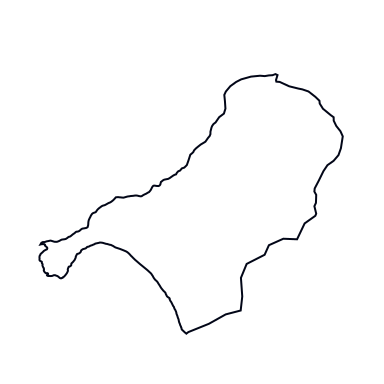 outline of Village, Soufrière, Saint Lucia, rotated 287°
{"feature_id": "8701671B40891625905372", "entity_name": "Village", "entity_type": "district", "adm_level": 2, "iso_a3": "LCA", "parent_name": "Saint Lucia", "parent_adm1": "Soufrière", "projection": "robinson", "projection_center": [-61.064, 13.907], "detail": "fine", "context": "isolated", "style": "outline", "palette": "ink", "viewbox_px": 384, "rotation_deg": 287, "n_neighbors": 0, "source": "geoboundaries", "source_scale": "gbopen_adm2", "svg_char_len": 5792}
<svg xmlns="http://www.w3.org/2000/svg" viewBox="0 0 384 384"><g transform="rotate(287 192 192)"><path d="M207.6,317.1L214.2,313.2L217.8,313.7L222.0,312.6L225.6,311.6L228.2,308.9L231.3,308.3L239.8,309.9L250.4,311.6L257.3,313.7L263.2,318.3L270.1,321.3L277.4,321.6L289.3,319.9L293.5,316.2L297.3,310.7L301.6,306.7L304.9,305.6L306.1,302.1L309.9,292.9L313.9,288.3L316.5,287.2L319.1,282.1L322.2,274.0L322.4,267.5L322.0,263.4L321.5,254.0L322.9,243.7L322.2,240.4L323.6,239.6L328.8,239.6L329.1,237.2L327.2,234.8L326.0,231.5L324.1,227.7L323.1,223.1L319.6,214.7L314.1,206.1L310.1,202.0L304.4,197.7L298.0,195.0L294.3,194.5L288.6,196.9L281.5,199.6L276.3,199.6L271.5,196.1L265.4,194.2L263.3,192.7L261.2,192.0L259.5,191.8L255.1,192.0L252.7,192.7L250.6,192.5L248.6,191.6L244.0,190.1L242.4,188.7L240.0,186.5L237.1,184.5L234.8,183.0L232.4,181.8L230.7,181.6L229.3,180.9L227.2,179.5L221.2,179.4L216.3,179.2L215.3,178.7L213.1,177.5L211.6,175.4L209.0,174.3L207.8,172.8L205.9,171.9L204.2,171.6L203.5,170.5L202.3,169.3L200.5,167.9L198.7,166.5L198.2,166.0L197.6,165.4L197.1,164.5L196.8,163.9L196.2,162.8L195.7,161.9L195.1,161.2L194.6,160.8L193.2,159.9L192.6,159.4L191.6,159.4L191.1,159.4L190.5,159.5L189.9,159.5L189.2,159.3L188.8,159.1L188.3,158.7L187.9,158.2L187.7,157.5L187.5,156.7L187.3,155.4L187.2,154.5L186.9,153.6L186.6,153.2L185.7,152.7L184.9,152.5L183.8,152.3L182.0,152.0L181.1,151.7L180.2,151.3L179.3,150.9L178.4,149.9L177.1,148.8L176.4,148.0L175.3,146.8L174.1,145.7L173.4,145.2L172.9,144.4L172.8,143.8L172.6,142.4L172.6,141.5L172.5,140.5L172.3,139.5L171.9,138.4L171.2,137.0L170.4,135.0L170.0,134.1L169.5,133.2L169.1,132.2L168.6,131.3L167.1,129.0L166.6,128.2L166.4,127.5L165.9,124.9L165.7,124.1L165.5,122.8L165.0,121.6L164.7,120.8L164.0,120.4L163.4,120.2L161.2,119.1L160.3,118.5L159.0,117.6L158.2,116.8L157.7,116.4L157.3,115.7L156.6,115.0L154.8,113.3L154.0,112.5L153.4,111.6L153.0,110.9L152.5,110.3L151.8,109.6L150.7,108.9L149.9,108.2L149.4,107.9L148.1,107.1L147.5,106.8L146.5,106.4L145.4,106.1L144.8,105.9L144.3,105.5L143.9,104.9L143.3,104.1L142.7,103.4L142.0,102.9L140.8,102.5L139.8,102.2L138.7,102.1L137.2,101.8L135.7,101.6L134.8,101.5L132.9,101.7L131.7,102.0L130.8,102.2L130.0,102.4L128.9,102.4L128.1,102.5L127.3,102.0L126.5,101.1L126.3,100.6L125.6,99.3L125.2,98.4L124.8,97.7L124.0,97.0L123.2,96.5L122.5,96.1L121.8,95.6L121.2,95.0L120.6,94.0L120.2,93.0L119.5,92.4L118.9,92.1L118.0,91.5L117.3,90.9L116.5,90.3L114.8,89.2L114.1,88.7L113.5,88.1L113.1,87.3L112.7,86.9L111.7,86.3L110.4,85.2L110.2,85.0L109.7,84.2L108.4,81.4L107.7,80.6L106.6,79.6L106.0,78.9L105.6,78.4L105.0,77.6L104.6,76.6L104.2,75.0L104.2,74.3L104.2,73.4L104.2,71.7L104.2,71.1L103.9,70.4L103.7,70.0L103.2,69.2L102.6,68.0L102.3,67.4L101.3,66.1L101.0,65.6L100.8,64.9L100.4,63.8L99.3,62.8L97.5,62.4L97.8,62.9L98.2,63.6L98.5,64.6L98.7,65.2L98.9,65.8L98.8,66.4L98.6,66.8L98.2,66.8L98.0,67.0L97.7,67.2L97.0,68.8L96.5,69.7L96.2,69.9L95.8,70.1L95.0,70.1L94.5,69.8L94.2,69.3L93.5,68.6L92.4,67.6L90.3,66.5L89.6,66.0L89.4,65.9L88.7,65.5L88.3,65.3L87.5,65.3L87.2,65.2L86.7,65.0L85.3,65.1L84.7,65.3L83.8,65.7L83.4,65.7L82.3,66.1L82.0,66.4L81.7,66.9L81.6,67.7L81.4,68.6L81.3,68.8L80.8,69.0L80.4,69.1L80.0,69.3L79.6,69.9L79.1,70.3L78.7,70.3L78.3,70.4L78.0,70.5L77.7,70.7L76.7,71.5L76.0,72.2L75.9,72.5L75.6,72.7L75.2,72.8L74.8,73.0L74.3,73.2L73.9,73.1L73.3,73.4L72.6,74.1L72.1,74.9L71.7,75.7L71.6,76.2L71.9,76.7L72.1,77.3L72.1,77.7L71.8,78.2L71.6,78.3L71.4,78.4L71.0,78.1L70.8,77.9L70.1,77.7L69.9,77.7L69.7,78.0L69.6,78.8L69.8,79.6L70.1,80.5L70.3,81.5L70.6,82.2L71.0,83.0L71.9,84.0L72.2,84.7L72.4,85.4L72.3,86.6L72.3,87.5L72.2,88.2L71.6,89.7L71.3,90.3L71.1,90.8L71.1,91.5L71.1,91.9L71.3,92.3L71.7,92.6L72.0,93.2L72.3,93.5L72.5,93.5L72.9,93.6L73.4,94.2L74.1,94.6L75.9,95.4L77.9,96.1L78.6,96.2L79.8,96.4L80.7,96.3L81.7,95.8L82.8,95.8L83.9,95.9L84.5,96.0L84.8,96.6L85.6,97.4L86.3,97.8L86.8,97.9L87.9,97.6L88.4,97.6L90.6,98.8L91.5,99.1L92.6,99.6L93.5,99.7L94.6,99.9L95.8,99.9L96.4,99.7L97.1,99.9L97.8,100.0L98.8,100.1L99.3,100.5L99.7,101.2L100.3,102.0L101.3,102.7L102.2,103.1L102.8,103.1L103.3,103.1L103.7,103.1L104.3,103.5L105.1,104.1L105.6,104.6L105.9,105.1L106.4,105.9L107.0,106.8L107.3,107.0L108.0,107.4L108.6,107.7L108.9,107.9L109.2,108.5L109.5,109.1L110.0,109.7L110.8,110.4L111.4,111.2L111.9,112.0L113.0,113.2L113.4,113.8L113.8,114.2L114.3,114.5L114.6,115.0L115.7,117.0L116.2,117.9L116.7,118.6L116.9,119.3L117.2,120.7L117.3,121.8L117.3,122.7L117.3,124.0L117.3,125.0L117.5,126.0L117.5,127.0L117.5,128.9L117.7,129.9L117.6,130.4L117.5,131.0L117.3,132.4L117.0,133.3L116.9,133.9L116.6,134.8L116.5,139.8L116.3,142.4L116.2,143.7L115.9,146.4L115.6,147.6L115.3,148.4L114.7,149.7L114.1,150.8L113.1,152.4L112.7,153.3L112.3,154.0L111.8,154.9L110.5,157.4L109.9,158.8L109.1,160.6L107.8,163.5L107.0,165.5L105.6,168.9L104.2,172.3L102.7,175.4L102.5,175.9L101.8,177.1L100.9,178.1L100.5,178.7L98.8,180.4L98.1,181.3L97.6,182.0L97.1,182.8L96.9,183.3L96.7,183.8L96.2,184.7L95.6,185.6L94.8,186.4L93.4,188.1L92.9,188.7L92.5,189.1L92.1,189.5L91.8,189.9L91.1,190.7L90.2,192.0L89.9,192.5L89.6,192.9L89.2,193.5L88.8,194.3L88.6,194.8L88.3,195.3L88.0,195.8L87.9,196.0L87.5,196.3L86.5,197.0L85.9,197.7L85.5,198.0L85.1,198.4L84.8,198.8L84.6,199.3L84.4,199.8L84.3,200.2L84.2,200.6L84.1,200.9L84.0,201.3L83.8,201.5L83.6,201.6L83.4,201.9L82.8,202.0L82.6,202.2L81.5,203.2L80.6,204.4L79.0,205.9L77.5,207.3L76.9,208.2L75.2,209.4L74.4,210.4L72.9,211.7L72.2,212.2L71.1,212.7L70.1,213.5L69.4,214.1L68.0,215.0L67.2,215.6L66.4,216.3L64.5,217.3L63.4,218.0L62.4,218.9L61.3,219.6L59.9,220.9L59.6,221.0L59.0,221.6L58.0,222.1L57.5,222.5L56.4,224.7L55.5,226.5L55.2,227.5L54.9,228.0L57.0,229.5L70.9,246.7L84.8,260.0L92.9,273.2L106.8,270.6L124.2,263.9L139.2,265.3L153.2,279.8L163.6,281.1L174.0,293.0L177.5,306.3L194.9,308.9L205.3,316.9L207.6,317.1Z" fill="none" stroke="#020617" stroke-width="2"/></g></svg>